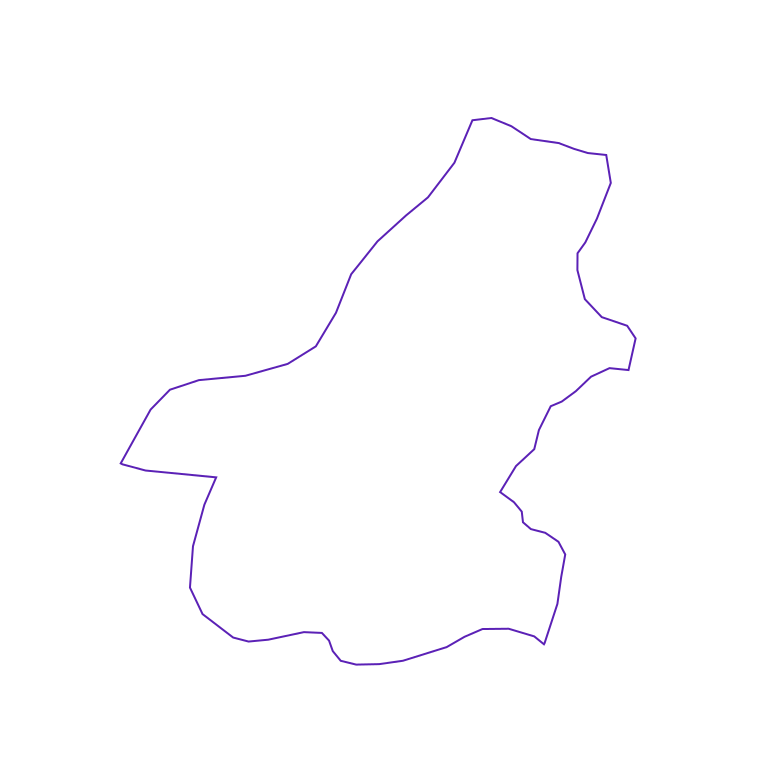 outline of Nikšic, rotated 286°
{"feature_id": "MNE-1514", "entity_name": "Nikšic", "entity_type": "Municipality", "adm_level": 1, "iso_a3": "MNE", "parent_name": "Montenegro", "parent_adm1": "", "projection": "natural_earth1", "projection_center": [18.786, 42.872], "detail": "fine", "context": "isolated", "style": "outline", "palette": "violet", "viewbox_px": 768, "rotation_deg": 286, "n_neighbors": 0, "source": "natural_earth", "source_scale": "10m", "svg_char_len": 1112}
<svg xmlns="http://www.w3.org/2000/svg" viewBox="0 0 768 768"><g transform="rotate(286 384 384)"><path d="M248.0,248.4L235.1,178.6L234.7,154.7L235.1,152.8L248.1,155.8L295.1,166.7L319.5,179.8L336.7,205.0L353.7,248.5L376.8,285.9L401.4,308.1L439.2,318.2L480.5,322.2L494.3,328.0L519.3,338.4L552.2,358.8L575.5,374.8L616.1,390.7L661.9,396.3L669.3,413.9L666.9,435.4L659.9,457.6L663.8,485.9L663.6,487.4L662.4,501.9L662.2,516.3L665.4,534.5L639.8,546.6L601.7,543.1L575.6,538.5L563.0,534.0L546.8,538.5L520.9,553.7L508.3,574.9L507.0,601.7L497.2,613.3L464.8,615.2L461.4,596.4L448.1,581.0L430.0,570.4L416.1,559.7L408.6,550.4L382.4,545.6L362.8,546.4L341.5,533.5L312.1,525.4L306.2,541.5L299.3,551.6L289.4,555.7L285.0,565.2L285.4,580.0L280.4,595.2L270.1,605.2L254.6,606.8L247.6,607.5L220.4,611.3L179.2,609.8L177.9,609.5L182.8,598.0L183.1,571.3L175.6,546.2L163.2,531.1L148.4,516.8L123.2,478.5L113.4,456.6L106.6,434.6L106.0,418.7L113.1,408.4L122.2,401.9L127.6,392.9L123.4,375.4L106.3,343.2L99.1,324.8L98.7,308.9L112.8,273.0L134.8,253.6L175.4,245.1L218.5,244.6L248.0,248.4Z" fill="none" stroke="#5b21b6" stroke-width="2"/></g></svg>